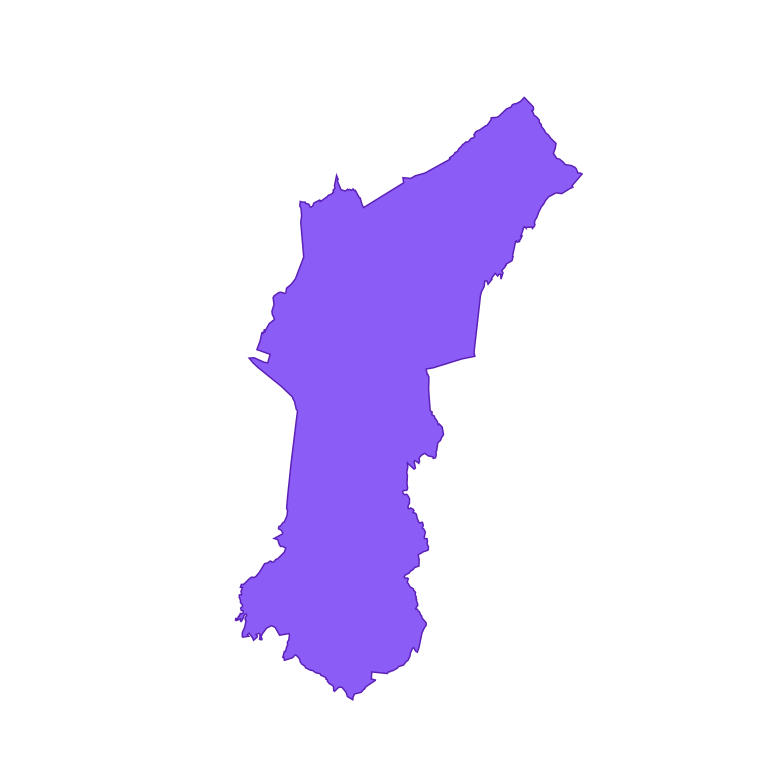 Acatlán, Hidalgo, Mexico, rotated 195°
{"feature_id": "50627088B55512763165299", "entity_name": "Acatlán", "entity_type": "district", "adm_level": 2, "iso_a3": "MEX", "parent_name": "Mexico", "parent_adm1": "Hidalgo", "projection": "equal_earth", "projection_center": [-98.445, 20.205], "detail": "fine", "context": "isolated", "style": "filled", "palette": "violet", "viewbox_px": 768, "rotation_deg": 195, "n_neighbors": 0, "source": "geoboundaries", "source_scale": "gbopen_adm2", "svg_char_len": 6128}
<svg xmlns="http://www.w3.org/2000/svg" viewBox="0 0 768 768"><g transform="rotate(195 384 384)"><path d="M408.7,91.3L401.5,95.9L399.6,99.4L398.9,99.4L395.8,97.7L394.0,96.0L393.2,94.2L390.9,92.2L387.3,90.9L386.2,89.5L380.8,88.5L378.7,88.8L375.5,87.5L370.6,87.6L369.7,86.4L364.3,85.5L363.7,84.0L362.2,83.6L361.7,82.3L359.4,80.5L355.6,79.5L354.2,78.2L353.4,75.1L352.3,74.3L349.0,79.6L346.0,80.1L340.8,76.3L338.5,72.7L332.5,70.9L332.8,73.8L332.2,77.0L326.3,80.3L324.4,84.0L323.9,84.2L323.2,86.8L315.7,95.4L315.7,95.9L319.9,95.8L321.3,102.7L305.9,105.2L305.2,107.1L303.8,107.5L302.8,108.7L301.3,109.3L297.5,113.1L296.8,114.8L292.4,117.6L291.0,121.1L289.3,123.4L288.5,127.8L288.8,131.2L288.0,136.2L287.0,136.9L284.3,134.2L282.4,133.6L282.0,138.8L282.9,153.4L282.0,158.5L280.8,162.2L281.5,164.2L286.6,167.8L287.8,169.9L288.9,170.5L290.8,173.1L292.3,173.7L293.4,175.0L295.2,174.9L294.7,178.0L294.1,178.5L294.3,179.8L296.6,183.2L296.6,184.1L297.7,185.1L297.5,186.2L299.3,188.6L299.7,191.0L301.9,192.5L302.7,193.8L306.2,194.8L309.9,198.3L310.3,199.4L310.1,202.2L311.4,202.7L312.9,201.7L314.7,203.0L313.6,205.5L310.8,207.8L310.4,209.4L307.9,212.4L306.8,214.7L303.1,217.2L304.6,223.4L306.8,227.8L302.4,232.3L298.9,234.5L298.3,235.4L299.0,238.5L301.1,240.8L301.2,242.9L302.4,245.8L304.5,245.1L305.3,245.6L305.8,251.7L308.0,254.2L309.8,254.8L309.4,257.6L311.0,260.2L311.6,260.4L313.1,258.9L314.8,259.8L317.3,263.0L319.0,266.5L320.3,267.3L322.7,267.3L322.3,269.4L323.2,270.5L326.4,271.1L327.4,269.9L328.6,270.2L329.2,272.7L328.5,275.1L329.7,279.9L332.6,282.8L333.9,283.3L335.8,282.3L337.3,283.4L338.0,284.7L337.9,285.6L337.2,286.3L334.7,287.1L334.2,287.9L334.3,289.7L336.0,293.6L337.6,301.3L339.2,304.6L339.5,309.9L341.0,313.8L333.0,309.6L331.9,310.8L334.9,317.1L334.3,318.1L329.8,316.4L330.0,318.5L329.7,318.5L330.8,321.3L330.5,322.9L329.0,325.4L326.6,327.6L322.6,326.0L318.0,326.3L317.2,324.9L315.1,326.1L315.3,329.5L316.2,331.4L315.9,333.3L316.8,341.3L314.9,344.0L314.4,347.6L313.4,350.5L316.6,357.4L320.3,359.7L321.1,358.8L322.9,361.7L326.6,364.9L327.0,366.0L329.7,366.7L330.3,369.4L330.9,369.2L332.7,370.8L339.4,390.0L342.4,402.4L344.4,404.8L344.8,404.5L347.1,409.4L340.8,412.3L315.6,428.2L303.4,434.3L305.2,437.7L313.7,494.4L313.7,498.4L312.5,504.0L313.3,509.5L311.3,510.3L309.3,507.3L306.8,513.1L307.6,513.6L305.3,519.6L302.1,517.7L301.2,520.0L299.5,520.0L298.2,515.5L297.8,522.1L299.6,524.1L297.4,528.3L297.4,530.0L296.8,530.2L297.0,531.5L292.3,536.3L292.3,540.5L292.8,540.5L293.0,541.6L293.8,555.7L293.3,556.5L292.0,555.4L290.0,556.7L290.7,557.8L289.7,558.5L289.0,562.6L290.1,562.0L289.6,569.6L289.9,569.9L289.2,572.2L287.2,571.3L287.6,572.0L281.5,573.9L280.6,571.9L280.8,573.3L279.6,575.1L279.5,577.2L280.4,578.4L280.5,581.6L279.6,583.8L278.9,590.8L277.9,595.8L276.4,599.0L275.6,602.7L273.5,607.3L267.3,613.2L261.6,613.9L255.0,620.9L252.4,623.0L253.8,624.0L247.0,638.1L249.1,638.6L251.3,638.0L253.8,641.4L255.4,642.6L259.6,643.5L265.7,642.8L268.1,644.6L272.5,646.6L275.5,646.6L280.1,650.7L279.6,655.7L280.1,660.9L286.9,664.7L289.5,667.0L292.8,668.4L295.1,670.9L298.5,673.4L299.2,675.3L301.8,677.1L302.4,679.2L305.5,681.3L308.6,682.5L311.1,685.7L311.9,685.9L312.0,686.3L310.9,686.9L310.7,688.2L311.6,690.4L322.7,697.1L325.3,692.2L328.6,689.2L331.1,688.0L332.4,686.7L332.9,684.4L336.8,681.5L342.3,672.3L344.2,670.7L349.2,669.0L349.4,668.6L348.9,667.0L351.3,660.6L352.7,659.7L357.3,654.2L360.5,651.6L361.7,648.0L360.4,647.0L361.2,645.1L363.5,643.7L365.0,640.2L366.0,639.3L367.5,639.1L369.0,636.6L370.1,635.6L370.5,634.0L372.6,630.6L373.2,627.7L375.4,625.8L375.4,624.8L376.5,622.6L379.0,619.8L379.0,618.8L378.6,619.0L378.3,618.3L399.1,598.3L407.8,593.1L411.4,589.5L419.1,588.2L417.1,583.4L449.4,549.1L451.8,551.8L455.1,557.5L455.8,557.4L456.8,558.3L461.8,563.6L462.5,563.0L464.4,564.4L465.7,562.5L467.6,563.1L468.7,562.2L469.5,562.7L471.2,560.4L475.8,560.5L481.1,567.4L481.7,568.7L481.2,569.7L483.8,573.2L483.2,563.0L482.0,560.2L483.3,558.2L482.3,556.4L483.0,556.0L483.0,554.9L485.6,552.3L486.5,552.1L487.2,550.4L492.4,544.0L493.0,543.9L493.2,544.8L493.8,545.0L497.8,541.4L498.7,540.4L498.9,537.5L500.4,535.8L501.2,535.8L503.1,538.2L506.5,538.2L507.1,539.3L510.2,538.5L512.1,538.7L511.5,534.3L509.6,532.1L507.1,525.1L506.3,518.8L494.4,485.8L496.8,462.6L499.4,456.3L502.9,451.3L502.4,446.5L503.0,445.9L507.4,446.0L509.4,445.0L512.9,440.8L513.5,438.8L510.8,432.3L511.1,425.3L510.0,422.5L506.9,418.8L506.6,417.9L510.5,412.6L512.3,405.5L513.7,405.3L513.4,403.7L512.7,404.4L512.3,403.9L513.1,403.0L514.0,402.9L514.0,401.9L514.5,402.4L515.2,401.9L514.8,393.4L515.7,384.3L501.7,383.2L501.8,374.3L505.6,374.0L516.2,375.7L521.0,374.1L515.8,370.4L509.9,367.3L482.5,355.1L468.6,347.5L468.5,346.6L465.8,343.8L462.2,336.9L460.6,335.7L453.3,283.8L447.9,249.9L445.9,238.7L444.4,236.8L443.6,231.6L444.6,225.0L445.7,224.0L447.4,219.7L448.5,219.4L448.7,218.4L448.4,216.8L445.2,216.1L443.3,213.9L443.2,213.0L450.2,206.3L446.3,206.2L443.6,201.8L441.9,200.3L439.8,200.9L436.4,200.1L436.8,195.6L441.5,187.6L443.2,186.5L443.7,184.9L445.2,183.1L446.4,182.8L447.1,183.5L448.1,183.5L450.5,180.7L452.8,179.7L455.5,170.3L457.9,165.0L459.4,163.5L461.9,163.2L464.1,160.4L467.6,154.3L469.9,153.5L470.1,150.4L468.0,150.9L468.5,146.6L466.9,143.7L469.1,142.9L468.7,140.6L466.6,137.9L466.1,135.7L463.4,133.9L463.2,132.2L464.5,130.5L463.2,128.2L461.5,128.8L461.0,128.2L461.0,125.8L461.7,125.7L462.2,124.9L463.4,125.2L463.7,122.0L464.4,122.0L464.6,119.5L466.5,119.2L466.3,117.6L464.8,117.9L466.5,117.4L465.4,117.3L461.8,120.1L461.3,118.0L460.6,117.6L459.7,119.8L459.2,124.3L458.6,125.8L457.5,126.2L456.8,125.0L457.6,121.7L456.8,120.1L456.0,119.9L455.6,112.9L456.5,107.3L455.6,103.6L455.0,102.9L449.4,105.3L451.1,106.4L449.8,108.4L445.5,105.0L443.6,102.7L441.0,106.8L441.0,107.8L442.8,108.9L440.5,110.7L438.9,110.2L438.8,108.9L438.3,108.5L438.3,105.4L436.7,105.0L435.8,105.5L436.0,106.5L437.4,107.9L436.8,111.4L434.1,118.0L430.1,121.4L426.2,120.8L419.8,114.3L411.3,118.3L410.3,116.9L409.7,111.8L410.3,110.6L410.4,109.2L409.5,106.6L410.0,104.9L409.9,100.6L410.3,99.8L411.0,99.9L411.0,93.9L410.2,94.3L408.7,91.3Z" fill="#8b5cf6" stroke="#5b21b6" stroke-width="1.5"/></g></svg>